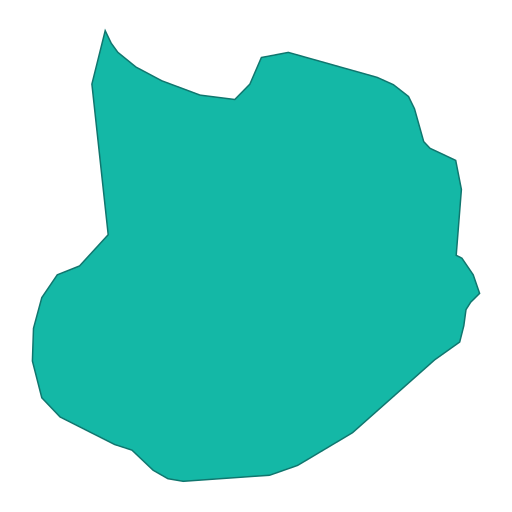 outline of Boa Vista
{"feature_id": "CPV-5055", "entity_name": "Boa Vista", "entity_type": "state/province", "adm_level": 1, "iso_a3": "CPV", "parent_name": "Cabo Verde", "parent_adm1": "", "projection": "robinson", "projection_center": [-22.807, 16.113], "detail": "fine", "context": "isolated", "style": "filled", "palette": "teal", "viewbox_px": 512, "rotation_deg": 0, "n_neighbors": 0, "source": "natural_earth", "source_scale": "10m", "svg_char_len": 650}
<svg xmlns="http://www.w3.org/2000/svg" viewBox="0 0 512 512"><path d="M456.2,255.3L461.9,258.2L473.2,274.8L479.6,293.4L470.7,302.2L466.0,309.6L463.8,325.8L459.7,342.0L434.7,359.8L352.5,432.7L297.6,465.4L269.7,475.2L183.2,481.3L167.9,478.7L153.2,470.3L131.9,450.1L114.6,444.5L60.1,417.0L41.8,397.8L32.4,361.0L33.5,328.3L41.8,297.6L57.3,274.8L79.6,265.9L108.2,234.7L91.9,84.1L105.2,30.7L111.2,43.2L117.8,52.3L136.0,67.1L161.8,80.8L200.0,95.1L234.8,99.5L249.9,84.1L261.4,57.5L288.3,52.4L377.2,77.4L393.4,84.7L408.5,96.5L414.5,108.8L423.7,141.6L430.0,148.3L455.7,160.4L461.4,189.5L456.2,255.3Z" fill="#14b8a6" stroke="#0f766e" stroke-width="1.5"/></svg>